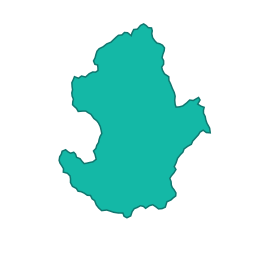 Tabuleiro, Minas Gerais, Brazil, rotated 244°
{"feature_id": "56859067B43776392913004", "entity_name": "Tabuleiro", "entity_type": "district", "adm_level": 2, "iso_a3": "BRA", "parent_name": "Brazil", "parent_adm1": "Minas Gerais", "projection": "orthographic", "projection_center": [-43.254, -21.359], "detail": "fine", "context": "isolated", "style": "filled", "palette": "teal", "viewbox_px": 256, "rotation_deg": 244, "n_neighbors": 0, "source": "geoboundaries", "source_scale": "gbopen_adm2", "svg_char_len": 2343}
<svg xmlns="http://www.w3.org/2000/svg" viewBox="0 0 256 256"><g transform="rotate(244 128 128)"><path d="M40.5,126.8L44.6,130.6L44.5,135.1L45.4,138.0L46.0,141.1L48.6,142.6L52.4,142.3L55.0,141.7L57.6,141.9L61.0,143.2L64.4,143.5L65.9,145.8L67.6,149.6L69.7,152.9L73.0,152.6L75.6,155.9L79.1,159.3L81.1,163.5L82.2,166.7L84.6,169.2L85.4,173.6L85.6,177.8L87.9,180.4L89.6,184.7L91.0,188.2L92.7,190.9L93.1,194.6L89.6,196.4L87.6,199.8L92.1,201.3L94.9,201.2L97.5,201.0L101.3,201.5L104.5,202.4L108.1,202.3L110.9,203.6L113.2,205.5L115.6,203.2L118.9,201.1L121.6,205.0L124.5,204.8L124.3,201.7L124.1,198.7L126.1,195.7L124.8,191.7L123.8,186.8L124.5,183.3L125.7,180.4L128.5,180.7L132.6,182.2L135.9,184.3L139.6,185.1L144.3,185.2L149.2,185.6L152.8,185.6L156.2,187.1L160.7,184.5L164.9,184.3L168.0,185.0L169.7,188.0L172.8,189.5L176.2,189.4L178.8,191.5L181.5,194.3L184.0,195.9L187.3,195.3L189.8,193.5L191.7,191.2L194.9,190.2L198.4,189.7L202.4,190.7L204.7,192.4L207.6,193.0L209.3,190.2L212.2,189.2L214.7,187.7L214.7,184.2L212.7,179.8L214.0,176.3L211.8,173.4L209.6,171.3L213.8,169.4L215.4,166.7L214.3,163.3L215.5,160.0L214.8,157.2L213.9,154.3L212.6,150.3L212.9,145.7L211.9,141.3L211.9,136.8L210.6,133.8L208.1,131.4L205.6,129.3L203.4,126.4L199.7,126.2L198.0,128.3L195.3,127.4L192.8,126.2L192.4,123.3L193.8,120.9L193.8,116.9L192.4,112.2L195.1,109.0L194.4,105.3L197.6,102.4L195.5,100.1L193.3,97.4L189.7,95.9L186.6,94.9L184.2,92.9L181.2,91.8L177.9,91.6L175.7,89.8L173.2,88.4L170.8,89.2L168.2,90.3L164.7,90.5L163.0,94.9L161.7,97.5L159.4,98.8L156.6,100.7L151.5,101.5L148.3,103.1L145.5,103.7L141.5,103.7L137.8,102.9L134.5,102.0L132.6,99.2L130.3,97.0L127.9,95.2L126.1,92.3L123.7,90.2L122.5,86.9L118.8,86.8L113.8,85.7L113.0,81.5L113.7,78.8L114.4,75.7L115.2,73.0L118.0,72.1L121.5,71.4L124.2,68.9L127.5,69.4L130.0,68.6L130.5,65.3L132.8,63.7L135.8,62.4L136.0,58.6L133.7,56.6L132.1,54.0L129.1,51.9L126.2,51.5L123.3,51.9L119.7,52.2L116.7,50.5L113.9,53.7L110.3,54.9L107.4,54.0L104.2,52.4L99.9,52.5L96.3,55.1L93.1,55.4L91.3,58.0L88.5,60.2L85.4,61.9L83.8,64.7L80.1,64.7L77.3,66.2L72.8,65.8L69.0,66.6L65.3,68.1L63.6,72.9L61.1,75.6L58.5,78.2L55.9,82.0L53.8,86.1L50.4,85.8L47.8,87.7L47.8,91.9L51.1,95.1L52.8,98.3L52.5,101.3L52.7,105.1L50.8,107.5L48.1,108.6L48.8,113.2L48.2,116.6L45.4,118.3L41.9,120.0L40.6,123.3L40.5,126.8Z" fill="#14b8a6" stroke="#0f766e" stroke-width="1.5"/></g></svg>